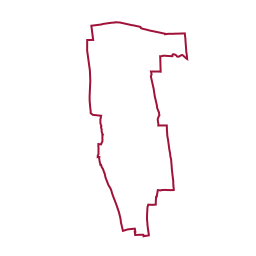 outline of Varlezi, Galati, Romania, rotated 191°
{"feature_id": "2599482B39288549559183", "entity_name": "Varlezi", "entity_type": "district", "adm_level": 2, "iso_a3": "ROU", "parent_name": "Romania", "parent_adm1": "Galati", "projection": "equal_earth", "projection_center": [27.823, 45.929], "detail": "fine", "context": "isolated", "style": "outline", "palette": "rose", "viewbox_px": 256, "rotation_deg": 191, "n_neighbors": 0, "source": "geoboundaries", "source_scale": "gbopen_adm2", "svg_char_len": 4503}
<svg xmlns="http://www.w3.org/2000/svg" viewBox="0 0 256 256"><g transform="rotate(191 128 128)"><path d="M113.4,26.1L113.0,26.3L112.8,26.3L111.7,26.9L111.6,27.0L109.1,28.3L108.4,28.6L102.1,30.5L101.0,27.6L101.6,27.5L101.1,25.9L100.8,25.2L100.5,24.3L98.9,24.8L98.3,24.9L92.9,26.1L92.5,26.1L92.2,25.2L92.1,24.7L89.5,25.7L87.7,26.3L87.1,26.5L87.1,27.0L87.3,27.5L87.4,28.0L87.5,28.1L87.6,28.4L87.9,29.1L88.0,29.4L88.1,29.7L88.3,30.4L88.4,30.5L88.5,30.8L88.5,31.0L88.9,31.9L88.9,32.1L89.1,32.6L89.2,32.8L89.3,33.2L89.5,33.6L89.5,33.8L89.6,34.2L89.7,34.4L89.8,34.8L89.9,35.2L90.2,35.9L90.4,36.6L90.6,37.4L90.8,38.2L91.2,39.6L91.8,41.5L92.4,44.5L92.7,46.4L92.9,47.5L93.0,48.5L93.5,52.0L93.8,54.4L93.7,54.8L93.6,55.3L93.5,56.6L89.5,57.2L86.1,58.1L86.6,60.6L87.3,65.9L87.1,66.0L86.7,66.1L86.9,72.7L83.8,73.0L83.4,73.4L82.0,73.8L81.4,73.9L81.2,74.0L79.1,74.4L77.9,74.6L77.3,74.6L76.4,74.8L75.7,75.0L75.4,75.0L75.2,75.0L74.9,75.1L74.4,75.1L73.9,75.2L73.4,75.3L72.9,75.5L72.6,75.5L72.4,75.6L72.2,75.6L71.6,75.7L71.2,75.9L71.7,77.8L72.2,79.1L72.4,79.9L72.4,80.1L72.9,81.9L73.3,83.7L73.5,84.5L73.5,84.9L73.8,85.6L74.0,86.1L74.9,89.0L75.4,90.5L77.2,96.3L77.9,99.0L79.2,103.6L79.4,104.4L79.6,105.2L80.4,106.9L81.0,108.3L81.3,109.1L81.8,111.0L83.3,114.7L85.5,121.2L86.1,123.1L87.4,126.5L88.0,128.0L88.3,129.4L88.7,130.8L89.3,133.0L90.4,137.9L96.7,136.7L98.7,136.2L99.0,137.8L100.4,141.8L100.5,142.5L100.2,144.2L100.2,144.7L100.1,145.2L99.6,146.6L99.8,146.9L100.5,148.9L100.7,149.4L101.6,150.7L103.0,152.9L103.1,153.1L103.7,154.5L103.8,155.3L105.8,159.9L107.0,162.5L107.3,163.1L107.6,163.8L109.5,169.1L110.5,171.9L110.9,172.7L111.2,173.4L114.3,180.5L115.4,183.1L115.1,185.1L116.2,187.8L115.8,187.8L115.5,187.9L114.7,188.1L111.8,188.7L109.1,189.2L108.9,189.3L106.7,189.5L110.0,204.3L110.1,204.5L109.7,204.6L107.4,205.5L106.8,205.8L100.4,206.6L98.3,206.9L98.1,207.0L98.3,208.5L98.2,208.7L97.9,208.9L97.0,209.1L96.6,209.1L96.3,209.1L95.1,208.7L94.6,208.5L94.1,208.2L93.6,207.6L93.4,207.5L92.2,207.6L91.8,207.7L91.6,207.9L89.5,209.7L88.7,210.0L88.4,209.9L88.0,209.8L87.4,209.4L86.2,208.7L83.7,207.2L83.1,207.0L83.4,207.9L83.6,208.6L83.8,209.5L84.4,211.3L84.8,212.6L85.3,213.8L85.7,215.3L85.9,216.2L86.2,217.2L86.6,218.8L87.0,220.0L87.2,221.0L87.5,222.0L87.7,222.7L88.0,223.7L88.6,226.3L89.4,228.7L90.3,231.7L97.7,230.0L100.5,229.4L101.2,229.2L101.9,229.0L104.2,228.6L106.6,228.1L109.3,227.2L109.3,227.6L110.1,227.6L114.2,227.7L121.7,227.8L125.2,227.8L127.1,228.0L129.6,228.1L131.6,228.2L132.3,228.2L132.6,228.3L133.1,228.3L133.5,228.3L133.8,228.4L134.2,228.5L134.4,228.5L134.5,228.6L134.6,228.8L134.7,229.2L134.8,229.4L134.9,229.5L135.2,229.6L135.6,229.6L135.9,229.6L136.0,229.7L137.1,229.7L138.3,229.7L139.3,229.7L139.7,229.7L139.9,229.7L140.7,229.8L141.0,229.8L142.0,229.8L143.3,229.7L144.9,229.7L145.1,229.7L145.5,229.7L147.0,229.8L147.9,229.8L155.8,230.0L156.3,230.0L157.5,229.8L159.1,229.6L160.6,229.4L160.8,229.1L164.2,228.2L172.9,225.2L173.7,224.6L178.6,223.0L183.5,221.4L179.0,207.8L184.8,206.6L184.5,204.8L182.9,196.3L176.4,177.2L174.0,167.1L171.7,151.6L170.9,147.6L169.3,142.0L169.1,141.3L168.3,138.8L167.8,137.2L167.7,136.5L167.4,135.4L166.2,134.8L165.0,134.2L161.4,134.5L157.8,134.8L156.8,134.9L156.9,134.3L156.6,133.3L156.8,131.6L156.0,127.4L155.3,126.1L154.5,124.8L154.7,124.4L154.5,123.7L154.5,123.4L154.5,123.2L154.3,122.8L154.0,122.4L153.8,121.9L153.5,121.5L153.5,120.9L153.4,120.4L153.3,120.1L153.1,119.5L152.9,119.0L152.8,118.6L152.4,118.1L152.2,117.7L151.8,117.2L151.4,116.7L151.9,116.3L151.7,115.7L151.6,115.3L151.5,114.9L151.4,114.5L151.3,114.0L151.3,113.5L151.0,112.3L150.9,111.8L150.8,111.5L150.7,110.9L150.6,110.2L150.9,108.6L151.2,108.0L151.3,106.8L152.1,106.7L153.0,106.6L154.0,106.6L153.8,105.5L153.7,104.5L153.3,103.6L153.2,102.9L153.0,102.3L152.7,100.1L152.5,99.4L152.4,98.8L152.2,97.9L152.0,97.0L152.0,96.8L152.4,95.2L152.2,93.6L150.6,94.0L150.5,92.8L150.4,92.4L149.6,90.1L149.2,89.2L148.0,86.5L147.4,86.7L146.3,84.6L146.0,84.2L144.8,83.1L143.0,79.9L142.7,79.4L142.5,79.2L142.3,79.1L142.0,78.4L141.3,76.7L140.5,74.9L140.2,74.4L138.8,72.2L136.6,68.7L135.5,67.2L135.2,67.1L134.1,65.8L133.6,65.1L133.3,64.9L131.9,62.4L131.8,62.1L130.9,60.4L130.0,58.9L128.5,56.4L127.9,55.5L127.4,54.8L126.6,53.4L126.1,52.7L125.5,51.6L125.1,51.0L124.1,49.3L123.5,48.3L122.9,47.2L122.0,45.7L121.6,44.9L121.3,44.5L120.3,42.5L119.6,40.9L118.6,38.8L118.3,38.1L118.2,37.7L117.8,36.9L116.9,33.8L116.8,33.6L115.9,31.8L115.5,30.9L115.4,30.6L113.9,27.3L113.4,26.1Z" fill="none" stroke="#9f1239" stroke-width="2"/></g></svg>